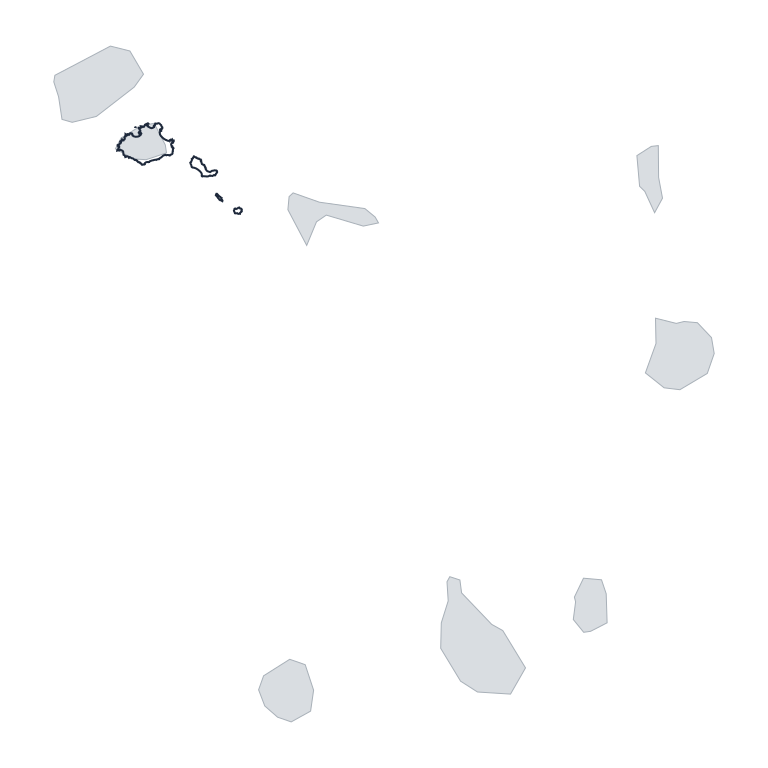 Nossa Senhora Da Luz, São Vicente, Cabo Verde shown in context
{"feature_id": "66160863B58817505266013", "entity_name": "Nossa Senhora Da Luz", "entity_type": "district", "adm_level": 2, "iso_a3": "CPV", "parent_name": "Cabo Verde", "parent_adm1": "São Vicente", "projection": "robinson", "projection_center": [-24.915, 16.763], "detail": "fine", "context": "in_parent", "style": "outline", "palette": "slate", "viewbox_px": 768, "rotation_deg": 0, "n_neighbors": 0, "source": "geoboundaries", "source_scale": "gbopen_adm2", "svg_char_len": 7086}
<svg xmlns="http://www.w3.org/2000/svg" viewBox="0 0 768 768"><path d="M525.5,667.9L510.5,694.1L477.5,692.0L460.6,681.2L440.7,648.3L441.3,622.9L448.2,600.9L447.0,581.8L449.8,576.7L459.9,580.0L461.6,592.9L491.7,624.4L502.8,630.6L525.5,667.9ZM96.4,116.4L72.2,122.3L62.0,119.4L58.6,96.8L53.8,81.9L54.9,75.3L110.4,46.1L129.9,51.0L143.5,74.2L134.2,87.1L96.4,116.4ZM655.5,318.2L676.3,323.4L684.1,321.5L697.4,322.7L711.5,337.6L714.2,353.5L707.3,373.4L679.9,389.7L664.1,387.8L645.4,372.9L656.0,343.5L655.5,318.2ZM310.6,711.1L291.2,721.9L277.6,717.2L264.8,706.0L258.6,689.8L263.6,675.8L289.7,659.3L305.2,664.7L313.6,690.2L310.6,711.1ZM364.9,208.6L375.1,217.0L378.5,222.9L363.3,226.1L326.3,215.1L316.5,221.8L306.7,245.4L287.9,209.7L289.1,196.6L293.1,192.9L319.4,202.2L364.9,208.6ZM590.6,631.3L583.7,632.3L573.3,619.5L575.6,601.8L574.4,597.1L583.5,578.2L601.5,579.8L606.2,593.8L607.1,622.8L590.6,631.3ZM166.5,152.9L146.1,159.7L133.5,158.9L115.4,148.8L121.1,138.0L140.7,125.9L154.2,123.3L165.3,144.9L166.5,152.9ZM662.5,198.2L654.6,212.7L644.8,191.4L639.6,186.3L636.9,155.6L651.3,146.4L658.3,145.6L658.6,177.4L662.5,198.2Z" fill="#d9dde1" stroke="#a8b0b8" stroke-width="1"/><path d="M161.2,125.1L160.7,124.8L159.5,123.5L158.6,123.2L158.2,123.2L157.1,123.7L155.3,123.5L155.1,123.9L155.5,124.3L155.2,124.2L155.1,124.3L155.3,124.4L155.1,125.0L154.7,125.5L154.3,125.5L153.8,125.8L153.7,126.4L154.2,126.7L154.1,127.1L152.7,127.9L151.5,128.2L150.3,127.8L148.1,126.6L147.9,125.6L147.7,125.5L147.3,125.8L147.0,125.6L146.9,125.1L147.0,124.8L147.4,124.7L147.9,124.0L147.9,123.7L148.2,123.6L147.9,123.3L147.1,123.7L146.6,124.4L146.4,124.5L146.4,124.3L146.1,124.1L145.7,124.5L145.0,124.7L144.1,126.7L143.6,126.9L142.6,126.8L142.3,127.0L142.0,126.7L141.7,126.9L141.3,126.4L140.8,126.3L141.0,127.0L140.7,128.0L140.3,128.1L138.7,127.8L138.7,128.3L139.3,129.0L138.8,129.5L138.9,129.4L139.3,129.6L139.6,129.6L139.6,129.8L140.2,130.2L140.4,130.8L140.2,131.8L139.8,132.0L139.1,132.0L138.3,133.0L138.8,132.4L139.0,132.4L138.8,132.9L138.9,133.0L139.1,132.5L139.7,132.5L139.7,133.1L140.1,133.1L140.1,133.4L140.3,132.9L140.8,132.8L141.1,133.2L140.9,133.3L141.1,133.4L140.9,133.4L141.0,134.0L140.8,134.5L140.6,134.4L140.4,134.4L140.7,134.5L140.2,135.2L139.9,135.1L140.1,135.2L139.9,135.2L140.0,135.4L139.5,135.8L139.4,135.7L139.2,136.1L137.9,136.6L135.6,136.8L133.4,136.2L132.8,135.4L132.5,135.4L132.3,134.9L132.5,134.6L132.4,134.2L132.0,133.5L131.6,133.3L131.2,133.4L131.1,133.6L130.9,133.5L130.8,133.4L130.7,133.4L130.3,133.2L129.8,133.9L129.4,134.1L129.3,134.7L129.2,134.8L128.7,134.6L128.6,134.4L127.9,134.0L127.5,134.1L127.9,134.8L127.7,135.2L127.5,135.3L126.6,135.1L125.5,134.2L125.5,134.6L125.9,135.1L125.7,135.4L126.1,135.9L125.8,136.3L125.3,136.0L125.1,136.1L124.7,137.2L124.3,137.5L124.3,137.8L124.8,138.5L124.6,139.3L124.1,139.8L123.3,140.0L123.0,140.3L122.3,139.9L122.0,139.4L121.7,140.0L122.1,140.4L121.9,140.4L121.7,140.8L121.5,140.6L121.1,140.7L120.8,140.3L120.9,140.6L120.3,141.4L121.0,141.9L121.0,142.4L120.6,142.7L120.6,143.1L120.3,143.1L119.9,143.3L119.5,144.4L118.6,144.6L117.6,145.1L117.7,145.8L118.0,145.9L118.2,146.4L118.8,146.4L118.8,146.6L119.2,146.7L119.3,146.9L119.1,147.4L118.5,147.6L118.6,148.1L118.2,149.0L117.3,149.9L117.2,150.6L117.9,150.4L118.2,150.2L118.6,150.3L119.2,149.9L119.8,149.8L119.8,150.0L120.2,149.7L122.0,150.5L122.8,151.0L123.2,151.7L123.5,154.8L124.5,155.3L124.9,155.8L125.0,156.3L125.2,156.7L125.4,156.6L125.4,157.1L125.9,157.0L126.7,156.3L127.3,156.3L128.4,156.8L128.8,157.6L129.0,157.4L129.4,157.2L129.7,157.5L130.0,157.2L131.8,158.3L132.6,158.3L133.1,158.5L133.5,158.9L134.7,160.0L135.1,160.1L135.6,159.8L136.2,160.0L136.7,160.7L137.3,160.7L137.4,161.3L138.2,162.2L138.7,162.3L139.0,162.1L139.9,162.9L140.1,162.7L140.5,163.1L140.7,163.5L141.3,163.6L141.8,164.7L142.3,164.8L143.3,164.4L144.0,164.6L144.6,164.4L144.9,164.2L144.8,163.3L144.9,163.1L146.2,162.2L147.7,162.0L148.3,162.2L148.8,162.0L149.3,162.0L149.5,161.5L149.9,161.2L152.3,160.4L153.2,160.3L153.6,160.1L154.9,159.8L155.8,159.7L156.2,159.9L156.6,159.5L157.5,159.3L157.8,159.4L158.0,159.1L158.8,158.8L159.3,159.0L159.6,158.4L160.0,158.0L161.1,157.5L163.2,155.6L164.0,155.2L164.6,155.2L165.0,154.9L165.3,154.8L166.3,155.3L167.0,155.0L168.1,155.0L169.2,155.2L169.4,155.5L169.9,155.4L169.9,155.1L170.5,154.7L171.5,154.5L172.3,153.9L172.6,153.1L172.5,152.4L172.6,151.7L172.9,151.4L172.9,150.5L172.8,150.4L173.0,149.5L172.9,149.0L173.1,148.8L173.2,148.1L173.4,148.0L173.1,147.6L172.3,147.5L172.0,147.0L171.7,146.8L171.7,146.2L172.0,146.0L171.4,145.5L171.1,144.2L171.5,143.3L172.1,143.1L172.3,142.6L173.1,142.6L173.2,141.9L173.5,141.6L173.3,141.4L173.4,141.2L173.2,141.2L173.3,140.8L173.0,140.9L173.2,140.5L172.9,140.2L172.6,140.2L172.4,140.1L172.2,139.6L171.9,140.0L171.8,139.6L171.4,139.7L171.0,139.8L170.7,139.7L170.5,140.0L170.5,139.8L170.4,140.0L170.4,139.8L170.1,139.9L169.2,140.9L168.6,140.9L167.3,140.6L166.3,140.0L165.9,140.0L163.9,138.8L162.1,137.3L161.7,136.7L161.0,136.1L160.0,134.5L159.8,133.7L159.9,133.2L159.7,132.5L160.3,131.1L160.9,131.0L160.6,130.4L160.1,130.4L159.9,129.9L160.0,129.5L160.6,129.2L161.0,129.3L161.0,129.7L161.3,129.6L161.5,129.8L161.6,129.7L161.4,129.3L161.6,128.5L162.1,128.4L162.2,128.9L162.3,128.5L162.4,127.3L161.5,126.3L161.2,125.1ZM194.0,156.3L193.8,156.3L193.5,157.2L192.9,157.8L192.9,158.3L191.9,158.9L192.1,159.2L191.9,159.4L191.8,160.5L191.1,161.7L191.1,162.1L190.3,162.6L190.6,163.8L191.2,164.8L191.6,166.8L191.9,167.2L192.5,167.3L192.8,167.6L194.0,167.7L196.2,168.5L198.2,169.8L200.1,171.4L201.3,172.9L201.7,173.7L201.9,175.3L201.7,175.7L201.8,176.1L202.2,176.4L202.4,176.2L203.3,176.2L206.6,176.4L206.9,176.5L208.4,176.3L210.0,175.5L210.4,175.9L211.8,175.8L212.5,176.0L214.0,175.0L214.7,175.4L215.1,175.4L215.3,175.2L215.5,174.6L215.8,174.3L216.0,173.7L216.8,172.8L217.1,172.4L216.9,171.8L217.1,171.4L216.9,170.9L216.5,170.7L216.4,170.5L214.3,170.3L213.7,170.6L212.0,170.8L210.1,172.1L207.4,171.2L206.6,170.5L205.5,168.8L205.4,167.5L204.9,167.0L204.8,166.4L205.0,166.5L204.7,165.9L204.2,165.5L204.2,164.9L203.9,164.8L203.2,164.8L202.8,164.4L202.6,164.4L201.9,164.0L201.6,162.7L201.5,162.3L201.4,162.4L201.1,161.5L200.8,161.3L200.8,160.3L201.1,160.0L200.8,159.5L199.4,159.2L199.2,159.0L199.0,158.7L198.7,158.8L198.4,158.5L197.5,158.5L197.3,158.2L196.6,158.0L196.4,157.5L196.1,157.5L195.9,157.3L195.4,157.4L194.0,156.3ZM239.3,207.5L238.2,207.8L238.0,208.1L237.4,208.5L236.1,209.0L235.7,208.7L235.0,208.8L234.9,208.6L234.5,208.8L234.4,209.6L233.9,210.5L234.1,211.3L234.5,212.0L234.9,213.2L235.4,213.2L235.7,213.4L237.3,213.2L237.8,213.7L238.6,213.9L239.1,213.7L240.0,213.8L240.1,212.8L241.3,211.9L241.2,211.4L241.4,210.9L241.6,210.9L241.5,210.6L241.9,209.9L241.6,209.1L241.3,208.7L240.2,208.6L239.3,207.5ZM217.0,193.8L216.4,193.8L215.8,195.2L217.6,197.2L218.1,198.1L218.8,198.7L219.3,199.6L220.1,200.2L220.5,200.3L220.8,200.1L222.0,200.7L222.1,201.1L222.5,201.3L222.7,201.0L222.8,201.1L221.2,198.3L221.3,198.1L221.1,198.1L220.4,196.9L220.0,196.8L218.9,195.9L217.0,193.8ZM135.7,127.0L135.7,126.6L135.5,127.0L135.7,127.0Z" fill="none" stroke="#1e293b" stroke-width="2"/></svg>